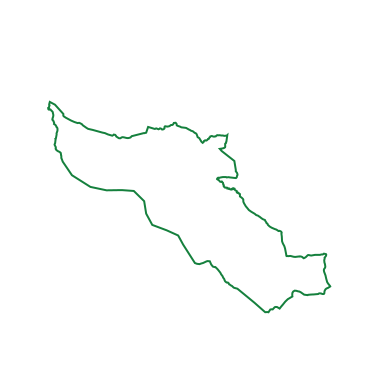 the district of Gomoa West, Central, Ghana, rotated 131°
{"feature_id": "2480657B81635079362570", "entity_name": "Gomoa West", "entity_type": "district", "adm_level": 2, "iso_a3": "GHA", "parent_name": "Ghana", "parent_adm1": "Central", "projection": "equal_earth", "projection_center": [-0.84, 5.386], "detail": "fine", "context": "isolated", "style": "outline", "palette": "green", "viewbox_px": 384, "rotation_deg": 131, "n_neighbors": 0, "source": "geoboundaries", "source_scale": "gbopen_adm2", "svg_char_len": 6008}
<svg xmlns="http://www.w3.org/2000/svg" viewBox="0 0 384 384"><g transform="rotate(131 192 192)"><path d="M217.3,358.4L219.0,357.6L219.5,357.2L219.8,356.9L220.0,356.9L220.3,356.2L220.7,356.2L221.7,355.6L222.2,355.6L222.7,354.9L223.0,355.1L223.3,354.9L223.4,355.2L223.6,355.0L223.8,354.3L223.7,354.0L223.5,353.7L222.8,353.4L222.6,352.9L222.9,351.2L222.8,350.7L222.9,350.2L223.1,349.4L224.0,348.4L224.4,347.7L225.3,346.8L226.5,346.1L227.6,345.7L228.2,345.3L228.6,345.2L228.8,344.7L229.0,344.7L229.3,344.2L229.3,343.1L229.6,342.5L229.9,342.2L230.1,341.6L230.7,341.0L231.2,340.8L231.2,340.4L231.0,339.2L231.0,338.9L231.4,337.7L231.7,337.2L231.9,336.8L231.8,336.1L232.6,334.9L234.1,333.7L236.6,332.7L237.4,331.9L240.5,330.1L241.3,329.7L241.6,329.9L241.9,329.4L245.0,327.3L245.3,327.3L245.6,327.1L246.3,326.9L246.7,326.3L247.4,324.5L247.6,324.1L248.5,323.6L248.8,322.9L249.0,322.9L249.2,322.4L249.3,321.5L249.1,319.7L248.9,319.2L248.6,318.0L248.7,317.6L248.6,317.2L248.6,316.8L249.5,315.6L250.0,315.2L250.6,314.2L251.7,313.3L252.1,312.7L252.4,312.5L252.6,311.8L253.9,309.5L258.1,293.6L254.8,272.0L246.8,257.6L236.6,246.2L229.4,236.6L230.3,222.1L238.4,212.4L242.9,200.4L237.5,185.9L233.9,173.9L237.5,164.2L243.7,143.2L242.9,141.1L242.1,139.9L241.5,139.0L240.2,138.3L238.2,137.0L235.0,135.6L234.3,135.2L233.9,134.9L232.6,133.1L234.1,130.0L234.6,127.3L233.8,125.6L233.3,125.1L233.5,122.0L234.3,117.7L235.0,116.0L235.5,113.6L236.2,112.3L236.5,110.7L237.2,109.5L237.6,108.6L237.7,107.8L237.6,106.5L237.3,106.3L237.2,105.8L236.8,105.4L236.8,104.5L237.3,103.4L237.1,102.9L237.0,101.3L236.7,100.2L236.8,98.1L236.7,97.4L235.2,94.3L234.6,72.4L234.7,57.9L233.1,56.3L232.6,55.4L229.3,55.8L228.4,55.1L227.7,54.1L224.7,54.0L223.8,53.4L223.0,52.3L222.5,49.4L218.8,49.6L218.7,49.5L213.6,49.7L210.1,49.4L205.0,47.7L204.7,48.1L203.2,49.4L202.1,50.1L200.7,50.3L199.1,49.8L198.1,48.4L197.3,46.6L196.7,45.7L196.3,44.1L195.9,40.0L193.9,37.0L193.4,36.9L191.2,34.8L189.6,33.1L186.7,30.3L186.1,29.8L185.5,29.7L185.1,29.5L184.6,29.0L183.9,28.0L183.5,26.8L183.0,26.1L182.4,25.6L181.6,25.7L180.4,26.6L179.4,27.1L177.8,27.4L176.6,27.2L175.0,26.4L172.6,25.7L172.4,26.1L171.8,29.3L171.3,30.9L169.4,33.8L167.4,36.5L165.5,40.0L164.5,41.2L163.6,41.7L161.9,41.9L161.2,42.2L160.9,42.4L159.4,44.1L158.9,44.8L158.4,45.7L157.0,47.2L156.5,47.6L155.2,48.2L154.7,48.8L152.3,49.0L151.3,49.5L151.0,50.1L152.0,52.0L153.3,52.3L154.3,53.4L155.5,54.2L158.6,57.8L161.7,60.3L162.1,60.9L162.8,62.2L163.3,62.9L163.6,63.1L164.1,63.2L166.5,63.4L167.8,63.8L168.7,64.2L168.8,64.4L168.7,65.2L168.7,65.8L168.8,66.4L169.0,67.0L169.8,68.4L170.4,68.7L170.5,69.0L173.3,71.5L174.2,72.8L175.6,75.6L175.9,76.0L176.9,76.9L178.3,78.6L178.0,79.2L177.2,80.1L173.6,84.7L172.3,86.8L171.2,89.7L170.1,91.7L166.6,95.1L164.8,97.2L164.2,97.4L163.7,97.8L163.5,98.5L163.5,99.3L164.0,100.6L164.7,101.1L165.0,103.6L165.7,105.3L166.7,108.5L167.1,110.8L167.0,113.2L166.4,114.3L166.6,115.3L166.2,116.0L165.7,117.8L165.3,118.5L166.1,121.0L166.3,123.6L166.3,124.7L166.5,125.5L166.5,126.3L166.7,127.1L167.1,127.9L167.3,128.5L167.3,129.3L167.3,130.4L168.0,134.2L168.3,137.2L167.8,140.0L167.5,142.0L166.4,145.3L165.7,146.8L165.0,147.5L164.1,148.3L164.0,148.6L163.8,149.1L163.7,150.7L163.9,152.9L162.2,154.4L162.4,154.8L162.4,155.1L162.2,155.4L162.4,155.9L162.2,156.5L162.3,156.6L162.6,156.6L162.7,156.8L162.5,157.3L162.9,157.6L162.9,157.9L162.4,158.1L162.3,158.4L161.9,158.9L162.3,160.3L162.1,161.8L161.6,162.1L162.1,163.4L163.1,163.0L163.4,163.2L163.6,163.5L163.6,163.9L163.7,164.1L164.3,163.9L164.5,164.0L165.1,165.4L164.9,166.0L165.6,166.4L165.6,166.6L165.4,166.7L165.5,167.2L166.2,167.6L166.1,167.8L165.7,168.2L165.9,168.6L166.2,168.8L166.5,169.5L166.9,169.7L167.1,170.2L167.1,170.5L166.9,171.8L166.6,172.2L166.0,172.4L165.8,173.4L165.6,173.7L165.1,174.1L164.9,174.6L164.7,174.8L164.8,175.4L164.8,175.7L164.5,176.1L164.5,176.4L164.6,176.5L165.1,176.5L165.3,176.6L165.8,177.7L165.8,177.9L165.5,179.1L165.6,179.7L165.5,180.3L165.8,180.8L165.8,181.6L165.6,181.7L164.8,181.8L164.0,181.6L163.4,180.6L162.7,180.3L160.7,178.7L158.4,176.1L158.3,175.5L156.7,174.0L156.0,172.7L155.8,172.5L152.7,168.0L152.4,167.9L151.6,167.9L150.3,168.6L149.4,168.8L148.8,169.3L148.3,170.1L148.0,170.7L147.6,172.6L146.7,173.3L140.8,180.4L141.6,196.5L141.2,199.3L139.3,197.7L138.1,196.9L137.5,196.6L136.6,196.4L136.1,196.6L133.9,198.6L133.7,198.6L132.8,198.5L132.2,199.0L131.6,199.0L125.9,202.7L126.6,202.8L127.1,203.1L127.7,203.8L128.5,204.5L129.1,205.8L129.9,206.6L131.1,208.5L132.1,209.5L132.5,210.2L132.9,210.4L133.3,210.4L133.8,210.6L134.5,210.6L135.3,211.4L135.7,211.6L136.2,212.4L136.7,213.7L137.1,214.1L137.8,214.4L138.0,214.6L138.9,214.4L139.5,214.6L140.8,214.2L141.3,214.4L141.6,214.7L141.8,214.6L143.1,214.7L143.7,214.9L144.0,215.2L144.2,215.8L144.6,216.1L145.0,216.1L145.6,216.4L146.7,216.0L147.9,216.2L147.9,217.7L147.8,218.1L146.6,221.7L146.6,222.1L146.9,223.7L145.5,226.1L145.3,226.6L145.2,227.8L145.6,228.8L145.6,230.8L145.7,231.4L146.4,233.0L146.6,234.5L146.9,235.3L147.5,238.4L147.9,239.1L150.2,242.5L150.5,243.9L151.3,245.8L151.7,247.2L150.7,248.4L150.5,249.8L151.8,251.0L153.4,250.6L154.4,250.9L154.7,251.2L155.0,251.6L155.5,251.9L156.7,252.1L157.4,252.4L158.7,253.4L159.4,254.4L160.0,255.4L161.0,255.4L162.1,254.5L163.1,254.6L163.9,255.0L164.5,255.6L164.4,256.6L164.7,257.5L165.1,258.0L165.7,258.0L166.6,258.4L167.4,260.6L167.7,260.9L168.5,261.2L168.9,261.6L170.1,264.3L171.1,266.5L171.5,267.4L171.7,267.8L177.3,265.5L178.9,266.6L179.3,267.1L189.4,274.1L191.2,274.2L192.8,275.2L193.6,276.0L194.2,276.9L195.5,279.4L196.3,280.5L196.6,280.7L197.5,281.1L198.2,281.2L198.5,281.4L199.1,282.1L199.4,282.6L199.8,285.6L199.4,286.4L199.3,287.5L200.0,288.7L200.6,288.7L201.8,289.1L203.7,293.2L204.7,296.4L205.9,298.5L210.3,307.7L212.5,311.8L212.8,313.5L213.3,318.2L213.1,319.3L213.1,319.8L213.6,321.9L213.8,322.5L214.1,322.8L215.0,323.5L216.3,326.6L217.4,330.1L218.7,335.9L219.0,338.1L219.0,338.6L218.8,339.2L218.6,339.4L217.5,340.3L216.0,352.7L217.3,358.4Z" fill="none" stroke="#15803d" stroke-width="2"/></g></svg>